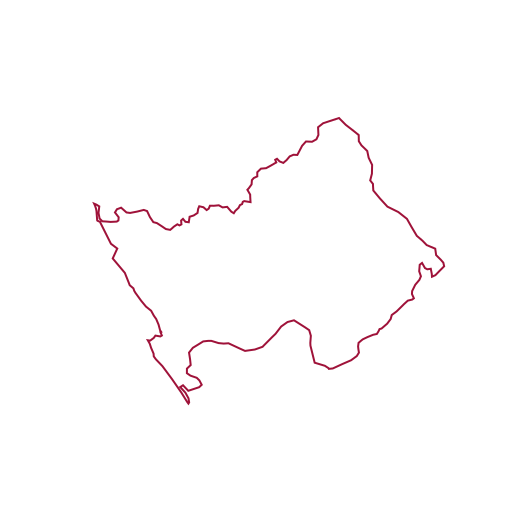 outline of Butaw, Sinoe, Liberia, rotated 32°
{"feature_id": "62588387B58471335034652", "entity_name": "Butaw", "entity_type": "district", "adm_level": 2, "iso_a3": "LBR", "parent_name": "Liberia", "parent_adm1": "Sinoe", "projection": "albers", "projection_center": [-9.093, 5.133], "detail": "fine", "context": "isolated", "style": "outline", "palette": "rose", "viewbox_px": 512, "rotation_deg": 32, "n_neighbors": 0, "source": "geoboundaries", "source_scale": "gbopen_adm2", "svg_char_len": 3116}
<svg xmlns="http://www.w3.org/2000/svg" viewBox="0 0 512 512"><g transform="rotate(32 256 256)"><path d="M91.0,297.4L92.8,298.6L95.2,300.6L96.8,302.3L102.4,309.9L102.8,310.1L105.8,309.7L106.5,310.3L126.5,322.5L134.4,323.2L135.8,334.0L153.7,339.8L162.3,346.1L164.4,347.7L169.2,348.4L171.1,350.0L173.2,351.1L182.3,354.8L189.5,357.2L196.1,358.0L200.9,360.7L202.5,361.4L204.7,362.3L209.7,365.8L214.0,369.8L215.8,370.6L215.3,371.2L218.3,373.3L217.5,374.9L212.9,376.8L212.7,379.7L211.1,383.8L208.9,384.8L212.4,386.7L215.6,389.4L220.9,393.1L222.5,395.3L225.7,396.6L226.4,396.8L235.0,399.0L250.0,404.9L265.1,411.4L275.1,416.3L276.9,417.0L276.9,415.6L274.2,412.5L268.5,409.3L261.2,407.3L262.6,404.3L270.0,406.2L277.3,397.4L278.2,394.0L273.9,391.5L270.3,390.7L263.8,392.2L259.5,392.0L257.1,388.1L258.4,383.1L254.8,378.5L250.4,373.4L251.1,367.3L251.4,366.7L254.1,361.3L256.5,356.4L260.3,353.4L263.2,351.6L270.4,349.7L275.0,347.4L278.9,344.6L291.1,343.1L297.0,342.3L297.7,341.7L304.6,335.9L309.7,329.5L309.9,328.4L312.1,318.7L312.5,316.9L313.8,311.7L314.7,302.5L317.7,295.3L322.3,290.4L335.3,290.5L340.4,290.7L344.8,294.6L348.1,300.9L349.7,303.2L362.3,315.4L372.6,312.6L377.0,312.7L377.6,313.1L380.7,310.7L386.4,302.0L391.9,294.0L394.5,287.4L394.5,283.4L392.4,281.0L390.5,278.6L389.0,275.3L390.1,271.8L390.7,270.1L393.5,265.7L397.1,260.7L399.8,258.1L399.8,255.0L399.5,252.5L400.9,251.0L403.1,243.9L403.6,238.1L402.4,234.1L404.6,228.5L406.6,220.2L407.0,218.4L407.2,217.7L408.4,213.4L411.6,210.1L412.3,208.2L408.4,205.6L407.0,203.0L406.3,196.0L407.2,189.6L406.6,185.8L402.5,182.5L399.5,176.7L399.8,175.8L400.5,173.9L405.7,176.7L408.3,176.5L411.0,174.2L414.7,178.2L416.2,180.3L418.3,177.2L419.5,171.6L421.0,165.0L418.4,162.4L414.5,161.2L408.3,159.8L404.1,154.8L395.0,156.3L389.0,154.8L381.7,153.7L372.4,148.9L364.3,144.5L353.4,143.3L341.3,144.5L330.5,141.5L320.8,138.3L318.2,134.7L317.0,132.9L312.8,131.4L310.7,124.8L306.2,117.2L299.5,113.0L294.7,108.0L286.8,106.3L282.4,104.2L279.0,99.0L273.3,98.3L262.6,97.2L254.8,95.4L253.3,95.0L242.6,107.8L240.4,113.9L244.8,120.3L245.4,125.0L243.0,129.4L237.7,132.4L236.7,138.1L237.5,148.4L234.1,150.3L232.4,152.8L231.8,153.6L231.1,158.5L230.6,160.1L229.8,162.6L225.8,163.3L222.3,162.4L221.3,164.2L223.6,165.9L220.5,171.8L218.0,176.2L213.9,179.3L212.7,184.3L214.9,187.8L212.8,191.0L212.3,193.8L214.3,197.6L214.0,202.3L213.6,204.4L218.5,207.0L220.1,209.4L222.8,213.2L216.9,215.7L216.1,217.1L216.7,219.3L215.4,221.4L215.7,224.3L214.5,228.7L214.5,231.5L211.6,231.5L205.5,229.6L201.9,232.5L197.6,232.7L193.7,235.7L190.3,237.8L190.8,240.9L189.8,243.2L185.6,242.5L181.5,243.9L182.0,246.8L183.6,250.5L181.7,254.6L178.9,257.9L181.1,263.0L178.0,264.4L174.4,263.2L173.7,265.6L176.0,268.7L174.9,270.6L172.5,270.8L170.8,274.6L170.1,277.1L169.4,279.3L165.3,280.9L160.3,280.7L154.5,280.6L151.0,281.7L145.4,279.2L139.8,275.6L136.4,276.4L131.7,281.3L126.4,286.2L123.1,287.7L116.0,286.5L113.8,289.4L113.3,290.0L113.3,293.8L119.0,295.9L120.5,298.8L119.7,300.6L114.7,304.1L110.8,306.1L107.3,308.0L103.5,307.1L99.6,302.9L96.8,297.0L93.5,297.0L91.0,297.4Z" fill="none" stroke="#9f1239" stroke-width="2"/></g></svg>